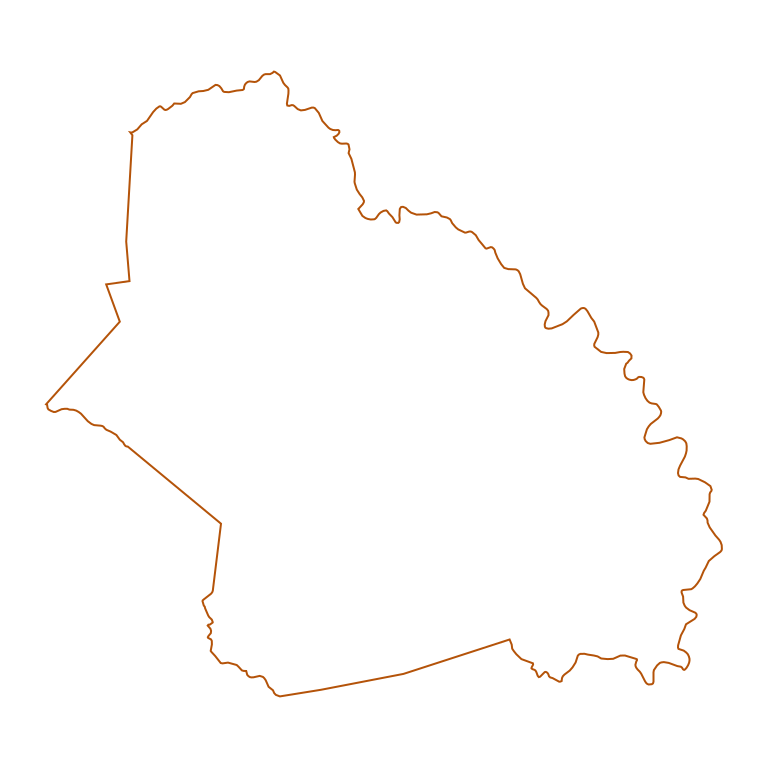 the district of Yuscaran, El Paraíso, Honduras
{"feature_id": "27666195B81385886170314", "entity_name": "Yuscaran", "entity_type": "district", "adm_level": 2, "iso_a3": "HND", "parent_name": "Honduras", "parent_adm1": "El Paraíso", "projection": "albers", "projection_center": [-86.803, 13.967], "detail": "fine", "context": "isolated", "style": "outline", "palette": "amber", "viewbox_px": 768, "rotation_deg": 0, "n_neighbors": 0, "source": "geoboundaries", "source_scale": "gbopen_adm2", "svg_char_len": 6058}
<svg xmlns="http://www.w3.org/2000/svg" viewBox="0 0 768 768"><path d="M710.4,486.1L705.0,482.3L698.2,479.0L695.3,478.6L688.5,478.8L685.5,477.4L680.1,476.9L678.6,475.5L678.0,473.1L678.5,469.4L680.1,465.6L684.9,456.6L686.0,453.3L686.6,450.5L686.7,446.2L686.3,443.3L685.2,441.3L683.0,439.3L681.4,438.4L677.0,437.3L669.3,440.1L659.5,442.8L650.3,443.8L647.7,443.0L645.7,441.1L644.7,439.2L644.4,437.4L646.9,429.3L648.7,426.4L650.8,423.9L657.8,418.5L659.3,416.8L660.4,415.2L661.0,413.3L661.2,411.6L660.9,410.5L658.8,406.9L656.9,404.5L655.9,404.0L651.6,403.4L649.5,402.6L647.4,400.8L645.5,398.1L644.0,394.8L643.3,392.2L644.3,379.6L644.0,378.7L643.4,377.8L641.5,377.0L639.1,376.9L638.2,377.3L636.7,378.8L635.1,379.5L633.4,380.0L631.4,380.1L629.2,379.6L627.5,378.8L626.1,377.7L625.1,376.2L624.5,373.6L624.2,369.0L626.2,363.7L627.5,362.8L629.1,360.6L631.4,358.4L631.5,355.5L630.0,353.4L627.9,352.0L623.2,351.8L620.2,352.0L615.3,352.9L606.6,353.1L601.1,351.9L594.6,346.8L594.2,345.5L594.3,343.9L597.6,337.2L598.3,334.6L598.3,332.5L594.2,321.6L591.3,317.9L587.4,311.1L585.6,308.9L584.5,308.2L583.4,308.0L582.2,308.1L580.8,308.6L573.7,314.8L566.8,321.4L562.6,324.1L551.7,328.4L548.4,328.7L546.3,328.2L545.5,327.8L544.9,326.8L544.7,324.4L545.5,321.1L548.5,315.2L548.5,312.6L548.1,310.7L546.7,309.0L542.1,305.6L540.5,304.1L539.0,301.9L537.7,299.5L536.3,297.9L525.0,288.3L522.9,283.8L520.2,274.2L518.7,271.3L517.5,270.2L515.8,269.4L508.3,269.1L504.2,267.9L501.2,264.2L497.7,258.4L495.3,252.6L494.7,250.1L493.7,248.7L492.2,247.4L490.8,247.1L486.6,248.6L485.5,248.3L478.6,240.0L475.8,235.2L472.1,232.1L470.7,231.5L469.4,231.5L465.9,232.6L464.9,232.6L458.2,229.4L455.8,227.4L452.2,223.2L450.7,220.1L449.9,219.1L446.9,217.5L441.5,216.3L438.6,213.0L437.5,212.3L434.7,212.0L431.1,213.3L426.9,214.3L416.5,214.6L411.1,212.7L408.4,210.6L405.8,208.0L403.2,206.9L401.9,206.9L400.9,207.2L399.8,209.0L399.4,215.3L399.7,219.3L399.2,222.0L398.3,222.9L396.8,222.9L395.7,222.4L392.4,217.1L389.0,213.6L387.3,211.2L386.2,210.4L383.5,210.9L380.6,212.5L378.9,214.1L376.3,217.8L375.1,218.9L374.2,219.3L370.7,219.5L367.7,218.9L365.4,218.0L362.4,215.9L358.3,209.0L362.7,204.3L363.8,202.3L364.0,200.9L362.3,197.4L359.6,194.0L356.8,189.6L354.8,183.4L354.5,181.8L355.0,174.7L354.9,172.3L351.4,158.9L348.6,153.1L349.5,149.3L348.5,144.5L347.6,143.8L346.3,143.5L342.0,143.7L340.0,143.4L337.9,142.1L335.3,139.6L334.1,138.0L333.8,137.1L336.7,135.7L338.6,133.8L339.4,132.2L339.2,130.7L338.1,130.0L335.4,130.2L332.9,130.0L330.3,129.0L328.5,127.7L322.4,121.0L318.8,112.9L314.8,108.1L313.5,107.6L311.8,107.6L305.0,109.9L300.9,110.4L297.7,109.1L294.2,105.9L293.0,105.2L291.7,105.1L289.2,105.9L287.3,105.5L286.9,103.7L288.4,93.7L288.5,90.5L288.3,88.6L287.6,87.5L284.9,84.9L283.3,82.8L280.0,75.5L275.2,72.0L273.9,71.6L272.5,72.9L270.1,74.1L265.7,74.1L264.0,74.6L262.3,75.9L258.8,80.2L256.4,81.7L254.6,82.0L249.5,81.4L247.6,82.0L246.3,83.0L245.0,84.5L244.2,86.6L243.9,89.0L243.4,89.5L242.5,90.0L236.6,90.6L228.9,92.2L224.1,91.9L223.0,91.2L221.3,88.3L219.4,86.1L217.5,85.1L215.5,84.9L208.3,89.8L203.3,91.0L198.7,91.3L192.6,93.1L191.5,94.3L190.0,97.0L184.9,102.1L180.9,103.8L174.2,103.5L172.4,105.7L168.1,109.0L166.8,109.7L165.6,110.0L164.4,109.7L161.1,106.7L160.2,106.3L159.4,106.4L156.3,108.6L153.1,112.1L147.0,120.9L141.7,124.3L137.3,129.4L132.7,132.2L131.3,132.6L130.3,132.4L132.4,135.2L126.2,241.5L129.5,281.1L106.2,284.4L119.8,321.7L46.1,404.3L47.1,404.8L47.6,408.0L48.4,409.4L51.0,410.9L53.8,412.0L55.6,411.9L61.6,409.2L64.7,408.8L67.3,408.8L69.4,409.6L73.5,409.8L76.2,410.6L78.7,412.0L81.0,413.7L87.8,421.2L91.4,423.9L94.1,425.1L100.9,425.7L102.5,426.1L103.6,426.8L104.8,428.4L106.4,429.8L110.6,431.6L116.4,435.0L119.8,439.7L123.1,442.3L124.1,444.2L125.4,445.9L126.4,446.4L127.8,446.6L221.0,523.7L212.8,590.7L212.3,592.1L211.2,593.6L203.8,599.4L202.7,600.4L202.5,601.1L203.8,605.6L204.7,606.6L205.1,608.3L208.2,615.5L209.2,617.1L211.8,619.6L212.7,622.0L212.7,622.5L211.8,623.2L209.8,624.6L208.4,624.7L207.7,625.6L210.4,628.7L211.1,630.9L210.8,633.2L208.6,635.8L207.8,637.2L208.1,637.9L211.0,639.4L211.8,640.9L211.9,644.4L210.7,650.9L211.4,651.9L215.1,655.9L220.7,663.0L222.5,663.4L228.0,662.6L236.7,665.0L238.5,666.7L241.9,670.4L243.6,670.9L246.2,671.0L247.2,674.8L248.5,676.2L249.9,677.1L251.5,677.4L253.5,677.3L259.7,675.9L262.9,676.9L264.2,678.1L265.7,680.2L268.6,686.8L273.0,690.3L274.2,693.1L275.9,694.9L279.9,696.4L320.9,689.8L403.5,673.9L509.6,639.5L511.7,644.6L512.2,648.7L513.9,651.2L516.3,654.2L521.4,659.1L532.9,663.3L533.1,664.6L531.6,667.5L531.5,668.4L532.4,669.1L534.6,669.9L535.5,670.6L536.4,672.2L537.7,675.8L538.8,677.1L540.1,676.7L544.7,672.1L545.8,671.9L546.7,672.3L547.7,673.2L548.4,674.4L549.0,676.3L550.2,677.4L552.6,678.1L559.2,681.7L560.0,681.7L561.6,681.1L562.0,678.1L562.8,676.3L564.4,674.6L569.7,670.6L572.5,667.4L575.6,662.5L577.8,655.7L578.8,654.6L580.3,653.9L584.5,653.8L587.9,654.6L593.8,655.5L597.6,656.4L601.2,658.5L607.6,659.1L613.2,658.8L620.4,655.6L624.9,655.5L635.8,658.8L636.9,659.3L637.0,660.1L636.2,661.7L635.4,664.8L635.6,666.2L636.2,667.6L637.6,669.5L639.8,671.7L641.2,673.7L645.1,681.4L646.3,683.1L647.4,684.0L648.7,684.5L651.8,684.2L653.0,683.4L653.5,681.7L653.5,672.3L653.9,670.1L657.1,665.4L659.9,662.9L661.5,662.4L663.8,662.1L668.7,662.9L677.4,666.1L680.8,666.7L682.0,667.6L683.0,669.3L684.1,669.9L685.1,669.4L686.6,667.7L688.1,665.2L689.1,662.7L689.5,660.7L689.5,658.8L688.9,656.5L687.8,654.2L686.1,652.4L683.7,650.6L678.5,648.9L678.0,647.6L678.1,645.4L680.9,635.4L684.3,629.0L686.0,624.3L694.6,618.9L696.3,616.8L696.7,614.9L696.3,613.7L695.3,612.7L689.6,610.2L686.1,607.6L684.7,605.7L683.4,602.6L683.1,596.6L681.6,592.6L681.6,591.2L682.2,590.4L683.2,590.0L691.2,589.2L692.6,588.4L694.9,586.4L697.4,583.4L700.3,579.0L703.8,570.7L705.6,567.7L708.8,561.0L714.3,556.2L720.3,551.9L721.5,550.5L721.9,549.1L721.7,545.1L720.5,541.8L719.1,539.7L715.4,535.5L709.7,527.4L707.6,522.7L707.5,520.4L706.9,518.5L703.5,514.8L704.1,513.0L705.8,510.7L709.5,501.7L709.6,494.2L710.2,492.4L711.3,491.1L711.7,489.8L710.4,486.1Z" fill="none" stroke="#b45309" stroke-width="2"/></svg>